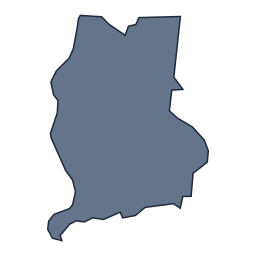 outline of Perry, Tennessee, United States of America
{"feature_id": "52423323B62285157730678", "entity_name": "Perry", "entity_type": "district", "adm_level": 2, "iso_a3": "USA", "parent_name": "United States of America", "parent_adm1": "Tennessee", "projection": "equal_earth", "projection_center": [-87.883, 35.632], "detail": "fine", "context": "isolated", "style": "filled", "palette": "slate", "viewbox_px": 256, "rotation_deg": 0, "n_neighbors": 0, "source": "geoboundaries", "source_scale": "gbopen_adm2", "svg_char_len": 734}
<svg xmlns="http://www.w3.org/2000/svg" viewBox="0 0 256 256"><path d="M180.4,16.5L138.9,17.6L135.9,24.5L128.5,26.2L125.1,35.4L108.6,24.0L101.6,16.8L80.3,15.4L78.5,18.7L77.0,28.9L73.3,48.8L69.2,58.0L56.3,71.0L50.9,82.0L53.5,94.7L57.9,100.4L57.3,112.8L50.4,133.5L51.1,137.8L65.7,170.6L72.6,180.2L75.5,191.7L72.6,204.6L69.5,208.6L54.1,214.3L48.7,221.2L47.7,229.2L52.4,238.2L61.8,240.6L60.2,235.5L69.5,224.3L75.9,220.9L84.5,221.9L92.7,217.8L103.4,219.5L120.1,212.2L122.7,217.9L135.4,215.5L145.1,207.4L173.5,203.7L180.2,208.2L182.8,196.4L191.1,196.4L193.1,173.3L207.3,162.1L208.3,150.7L204.3,140.2L192.6,127.1L177.4,118.1L169.4,110.8L171.8,90.1L182.9,89.4L173.8,77.2L180.4,16.5Z" fill="#64748b" stroke="#1e293b" stroke-width="1.5"/></svg>